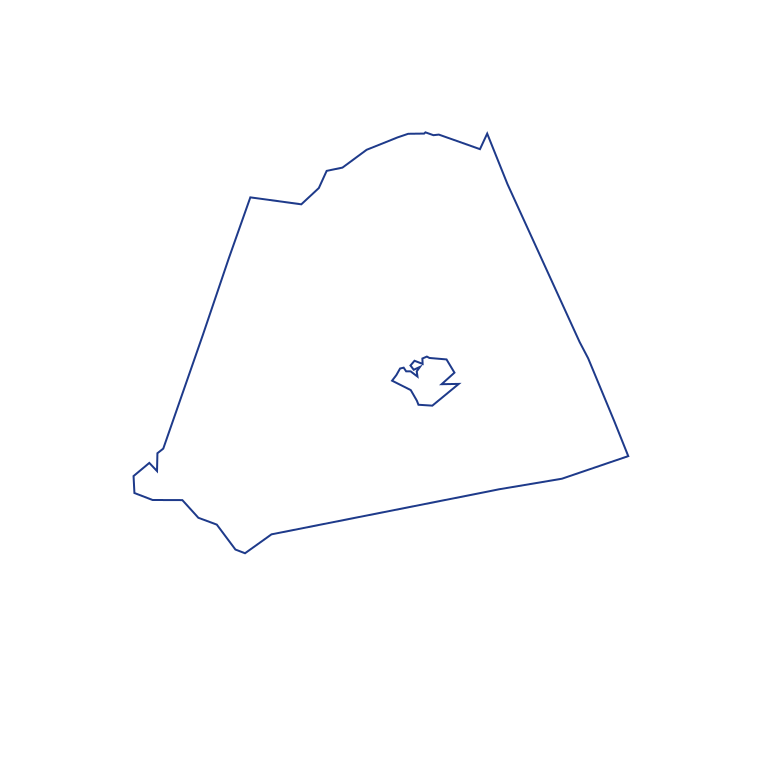 Albemarle, Virginia, United States of America (Mercator projection), rotated 44°
{"feature_id": "52423323B56828641203792", "entity_name": "Albemarle", "entity_type": "district", "adm_level": 2, "iso_a3": "USA", "parent_name": "United States of America", "parent_adm1": "Virginia", "projection": "mercator", "projection_center": [-78.564, 38.001], "detail": "fine", "context": "isolated", "style": "outline", "palette": "blue", "viewbox_px": 768, "rotation_deg": 44, "n_neighbors": 0, "source": "geoboundaries", "source_scale": "gbopen_adm2", "svg_char_len": 922}
<svg xmlns="http://www.w3.org/2000/svg" viewBox="0 0 768 768"><g transform="rotate(44 384 384)"><path d="M407.5,570.3L533.5,389.1L539.9,379.8L577.8,328.5L609.8,266.2L575.7,250.9L513.0,223.7L495.5,217.9L334.1,154.5L284.3,132.2L289.9,148.4L250.2,166.5L246.7,170.7L239.0,174.2L238.9,176.0L227.6,187.2L222.4,197.3L208.8,227.6L203.8,257.2L194.7,270.5L201.0,288.3L199.7,312.2L158.2,342.6L185.1,401.5L219.5,474.3L270.1,583.8L269.1,591.2L281.2,604.3L270.0,603.8L267.8,624.2L280.2,635.8L298.1,628.2L319.6,607.6L343.4,609.2L361.4,601.3L392.1,606.3L401.6,602.3L407.5,570.3ZM384.8,361.7L386.8,358.6L391.1,359.5L394.4,356.4L402.9,355.4L398.8,352.2L398.0,346.7L395.5,353.1L390.2,352.3L389.8,346.1L397.8,342.7L393.9,339.0L395.8,334.5L398.6,333.7L411.9,322.9L426.8,326.9L425.6,344.1L437.7,332.0L433.8,366.0L423.2,375.0L419.3,373.2L407.5,369.8L387.5,376.0L386.7,369.0L384.8,361.7Z" fill="none" stroke="#1e3a8a" stroke-width="2"/></g></svg>